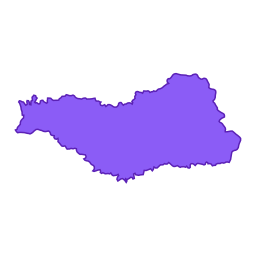 Lajeado Novo, Maranhão, Brazil (Mercator projection)
{"feature_id": "56859067B63412664256610", "entity_name": "Lajeado Novo", "entity_type": "district", "adm_level": 2, "iso_a3": "BRA", "parent_name": "Brazil", "parent_adm1": "Maranhão", "projection": "mercator", "projection_center": [-46.964, -6.103], "detail": "fine", "context": "isolated", "style": "filled", "palette": "violet", "viewbox_px": 256, "rotation_deg": 0, "n_neighbors": 0, "source": "geoboundaries", "source_scale": "gbopen_adm2", "svg_char_len": 5021}
<svg xmlns="http://www.w3.org/2000/svg" viewBox="0 0 256 256"><path d="M93.3,165.4L94.3,166.6L94.3,168.8L93.8,169.8L92.8,170.9L94.0,171.4L96.0,170.8L97.9,170.1L100.0,169.7L100.6,171.2L100.3,172.5L101.6,173.4L102.9,172.7L105.2,173.8L106.6,173.7L108.0,173.5L109.8,173.9L110.8,173.0L112.3,175.2L113.4,175.7L116.6,175.2L118.1,174.4L118.6,175.6L117.5,177.1L116.9,179.2L117.9,181.0L119.7,179.8L120.8,179.0L122.5,178.6L123.6,179.4L124.6,180.2L125.7,178.7L126.8,180.0L128.1,179.0L129.6,178.2L130.6,177.3L132.2,177.5L133.0,179.0L134.3,178.4L133.6,174.0L135.0,173.3L135.8,174.8L138.6,175.3L140.3,174.9L143.2,174.6L144.2,170.4L146.1,170.5L147.8,169.9L150.6,168.8L152.3,170.8L153.3,169.5L154.0,167.0L155.6,168.0L157.2,167.9L159.3,165.9L160.5,164.8L161.9,164.9L163.2,164.7L164.6,163.6L165.9,164.1L167.4,163.9L168.7,162.5L169.9,163.4L171.6,165.0L172.6,165.9L173.9,166.5L175.2,166.4L177.4,165.6L179.0,166.7L180.2,167.3L181.4,166.8L183.9,166.7L185.7,167.2L186.7,166.2L187.9,167.8L189.2,168.1L190.2,167.4L190.2,164.8L191.1,163.7L192.3,163.6L193.6,164.1L195.2,165.5L196.7,163.8L197.8,163.4L199.1,163.6L200.6,163.9L202.5,164.3L204.0,164.9L205.2,164.4L205.5,163.2L206.4,162.1L207.7,162.6L208.0,163.8L209.8,163.6L211.2,164.1L212.4,165.8L213.8,165.4L215.5,165.3L216.1,164.2L217.7,163.5L218.9,163.5L220.2,163.5L221.2,162.9L222.4,162.8L223.7,163.1L225.0,162.7L226.0,162.1L227.5,162.0L229.2,162.4L229.9,160.9L230.6,159.5L230.9,157.5L231.4,154.4L231.8,152.2L232.7,151.2L234.4,150.4L235.7,150.2L237.2,149.3L238.3,147.6L238.8,144.9L239.3,143.4L240.6,140.3L240.6,138.4L239.7,137.2L237.5,135.3L236.3,134.5L233.5,132.0L232.3,131.1L230.8,131.1L226.9,131.8L225.3,131.8L225.2,130.6L225.5,129.5L225.3,128.1L224.5,126.8L223.2,125.1L222.4,123.9L221.4,123.0L219.9,122.3L219.1,121.4L219.7,120.0L221.7,118.3L224.4,117.0L224.5,115.8L224.1,114.3L222.8,113.3L221.7,112.8L220.5,112.1L219.6,111.5L218.1,110.4L217.2,109.3L217.4,108.0L216.7,106.8L215.7,105.3L214.7,103.3L213.2,101.9L213.1,100.6L214.4,99.6L215.2,97.5L215.3,95.7L215.5,94.2L215.8,92.8L215.7,91.0L215.0,90.1L213.8,89.4L211.8,89.1L210.3,88.7L208.8,87.6L209.0,85.9L209.1,84.4L208.3,82.8L207.5,81.3L206.9,79.9L205.9,78.7L204.6,78.3L203.5,78.4L202.0,79.2L200.7,79.0L198.5,77.5L197.3,75.0L195.9,74.1L194.1,74.3L192.8,74.7L191.7,75.6L189.9,76.0L187.6,75.8L186.1,75.2L184.5,75.1L183.0,75.0L180.9,74.9L178.2,74.2L176.0,73.6L174.1,74.0L172.7,75.1L171.9,76.4L170.9,77.7L169.7,78.7L168.2,78.7L167.1,80.1L167.2,81.9L168.6,83.5L166.7,84.1L165.4,85.2L164.3,85.9L163.2,86.9L161.7,88.1L160.0,88.8L158.4,89.1L157.3,90.0L156.4,91.1L154.8,91.4L153.8,90.8L152.6,91.7L151.3,91.8L150.0,92.5L149.1,91.4L148.0,90.8L146.8,91.1L145.2,91.1L143.8,90.9L143.3,91.9L142.6,93.2L141.3,92.5L139.5,92.3L138.3,91.7L137.1,91.5L135.8,92.1L135.3,93.3L135.9,94.8L135.2,95.7L134.7,96.8L135.1,98.3L133.8,99.6L132.8,100.2L131.9,101.6L132.7,102.6L132.2,104.1L130.7,103.1L129.1,102.8L127.4,103.1L126.4,103.9L124.5,104.2L123.3,105.2L122.0,103.7L121.2,102.6L120.0,102.5L118.7,103.3L118.4,104.9L117.6,106.1L116.6,107.0L114.7,107.2L113.3,106.7L112.1,105.8L110.7,105.0L109.5,104.6L108.0,104.6L106.9,105.7L105.9,106.5L104.7,104.7L103.5,105.2L102.2,105.7L100.6,105.1L100.0,103.5L100.9,102.1L99.8,101.9L98.6,101.1L97.4,101.1L96.2,101.0L95.5,100.0L95.0,98.2L93.6,98.4L91.9,98.8L89.6,99.0L88.1,99.0L86.8,99.1L85.7,98.1L84.1,98.1L82.9,98.4L81.5,99.1L79.7,98.7L78.0,98.6L76.6,98.1L75.3,97.2L74.4,95.9L73.0,95.1L71.2,95.7L69.1,95.6L67.7,95.0L66.2,94.7L65.3,96.0L63.9,96.3L62.1,96.3L60.9,97.8L59.3,98.8L58.7,100.1L57.2,100.3L55.6,100.3L53.3,100.4L51.9,99.5L50.8,98.3L49.1,98.1L47.6,98.1L47.5,99.8L47.2,101.0L47.5,102.2L46.7,103.2L45.0,102.4L43.7,101.6L42.8,100.3L41.5,100.4L40.4,101.0L40.3,102.3L39.7,103.8L38.3,103.9L36.8,102.7L35.3,102.9L34.6,102.1L35.5,101.0L36.2,99.4L37.1,98.1L36.0,97.0L35.6,95.7L33.8,95.2L32.9,96.4L32.1,97.2L32.2,98.4L32.4,100.4L31.0,101.1L30.9,102.8L30.9,104.8L29.5,104.5L29.3,102.3L28.5,100.7L27.1,100.6L26.8,101.9L27.2,103.3L27.0,104.5L25.7,105.2L24.5,103.6L23.5,102.1L22.1,101.8L20.6,101.0L19.4,100.8L18.7,102.0L19.4,102.9L20.0,104.2L20.5,105.7L20.9,106.9L21.2,109.3L22.1,112.0L22.1,113.5L22.3,115.2L23.7,115.2L23.5,118.0L22.3,119.0L21.2,120.4L20.6,121.5L20.3,122.9L20.3,124.3L17.5,127.4L17.1,129.2L15.4,130.0L16.5,131.7L17.6,132.7L19.5,132.4L21.1,132.4L22.4,132.5L24.3,132.6L26.0,133.0L27.3,133.3L28.8,133.5L30.0,133.9L31.4,133.3L32.7,132.4L34.1,131.0L35.1,130.2L36.0,129.5L37.9,129.3L40.4,130.2L41.8,130.5L43.4,131.3L45.2,131.6L46.7,131.4L48.4,131.0L49.6,131.7L50.4,133.3L50.7,134.6L52.0,135.4L54.2,135.7L54.0,137.6L55.0,138.9L56.6,139.2L57.9,138.4L58.2,139.9L58.0,141.7L59.1,142.7L60.4,144.3L61.6,145.9L63.0,146.3L64.9,145.9L65.7,146.8L66.3,148.0L67.1,149.1L68.3,149.0L69.5,149.0L71.0,148.4L73.1,148.8L74.8,148.3L76.4,148.7L76.5,150.5L77.1,151.9L78.6,153.4L79.9,154.3L81.7,154.3L83.6,154.6L85.4,154.9L86.1,156.6L85.6,158.0L83.8,158.9L84.9,160.2L86.2,160.7L88.3,161.1L89.8,162.2L90.9,163.9L91.7,164.6L93.3,165.4ZM126.8,180.0L125.4,181.3L126.2,182.4L126.8,181.3L126.8,180.0Z" fill="#8b5cf6" stroke="#5b21b6" stroke-width="1.5"/></svg>